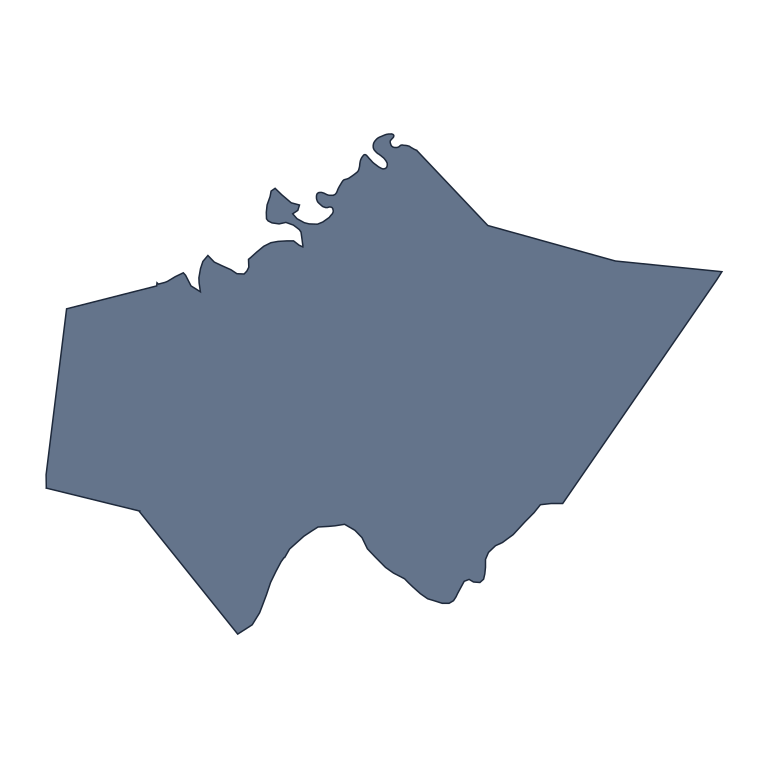 outline of Forest Reserve, Dennery, Saint Lucia
{"feature_id": "8701671B45291890821133", "entity_name": "Forest Reserve", "entity_type": "district", "adm_level": 2, "iso_a3": "LCA", "parent_name": "Saint Lucia", "parent_adm1": "Dennery", "projection": "albers", "projection_center": [-60.931, 13.977], "detail": "fine", "context": "isolated", "style": "filled", "palette": "slate", "viewbox_px": 768, "rotation_deg": 0, "n_neighbors": 0, "source": "geoboundaries", "source_scale": "gbopen_adm2", "svg_char_len": 6044}
<svg xmlns="http://www.w3.org/2000/svg" viewBox="0 0 768 768"><path d="M721.9,271.7L615.4,261.0L487.8,225.5L417.0,150.7L416.8,150.3L415.9,150.0L415.4,149.8L414.6,149.4L413.7,149.0L412.9,148.5L412.4,148.2L411.5,147.7L411.0,147.4L410.4,147.0L410.1,146.8L409.6,146.4L409.2,146.2L408.8,146.1L408.4,146.0L407.5,145.7L406.5,145.5L406.4,145.5L405.7,145.4L404.1,145.3L403.3,145.2L402.4,145.0L401.8,145.0L401.4,145.1L401.0,145.2L400.6,145.3L400.3,145.6L400.1,145.7L399.5,146.3L399.1,146.6L398.7,146.9L398.3,147.1L397.9,147.2L397.3,147.4L397.0,147.5L396.8,147.5L395.3,147.5L394.7,147.5L394.2,147.4L393.9,147.3L393.3,147.2L393.0,147.0L392.7,146.9L392.1,146.4L391.8,146.2L391.5,145.9L391.2,145.4L391.0,145.0L390.9,144.7L390.8,144.4L390.6,143.8L390.4,143.3L390.2,142.4L390.2,141.9L390.2,141.5L390.2,141.1L390.4,140.7L390.6,140.4L391.1,139.8L391.5,139.4L391.6,139.2L392.3,138.5L392.6,138.2L393.1,137.6L393.5,137.1L393.7,136.7L393.7,136.4L393.8,135.8L393.8,135.4L393.7,135.2L393.5,134.9L393.3,134.7L393.1,134.6L392.8,134.3L392.6,134.2L392.4,134.2L391.7,134.0L391.4,133.9L390.5,134.0L389.6,134.0L389.4,134.0L388.7,134.0L388.1,134.1L387.7,134.2L387.3,134.2L386.9,134.3L386.3,134.4L385.5,134.7L385.1,134.8L383.7,135.4L383.1,135.6L382.6,135.9L382.0,136.1L381.2,136.5L380.5,136.7L379.4,137.2L379.0,137.4L378.3,137.8L377.8,138.1L377.2,138.6L376.6,139.1L375.8,140.0L375.0,140.9L374.2,142.1L374.0,142.5L373.8,142.9L373.6,143.4L373.5,143.8L373.3,144.8L373.2,145.3L373.2,146.0L373.2,146.4L373.2,146.7L373.2,147.1L373.3,147.7L373.3,147.9L373.5,148.4L373.8,149.1L374.1,149.8L374.6,150.4L374.9,150.8L375.7,151.6L376.1,152.1L376.5,152.5L377.1,153.0L377.5,153.4L378.3,153.9L379.1,154.3L379.4,154.6L380.2,155.2L381.3,156.0L382.0,156.6L382.3,156.9L383.0,157.4L383.1,157.5L383.3,157.6L383.9,158.2L384.5,158.9L385.2,159.8L385.4,160.1L385.7,160.4L386.1,161.1L386.4,161.6L386.5,161.8L387.0,162.7L387.2,163.2L387.2,163.4L387.2,163.6L387.3,164.5L387.2,164.9L387.2,165.7L387.1,166.1L386.9,166.7L386.7,167.2L386.3,167.7L386.2,167.8L385.8,168.1L385.4,168.4L385.3,168.5L385.1,168.5L384.9,168.6L384.3,168.7L383.9,168.8L383.5,168.9L383.1,168.9L382.9,168.9L382.5,168.8L382.1,168.6L381.7,168.5L380.5,167.9L379.6,167.4L379.0,167.1L378.5,166.8L377.3,165.9L376.3,165.1L375.9,164.8L374.1,163.5L373.8,163.2L372.8,162.4L371.9,161.4L371.3,160.7L371.1,160.5L370.5,159.8L370.3,159.6L369.3,158.6L368.9,158.1L368.0,157.0L367.8,156.8L367.3,156.3L366.8,155.6L366.5,155.3L366.1,155.1L365.9,154.9L365.6,154.8L365.1,154.6L364.9,154.6L364.7,154.6L364.4,154.7L364.0,154.8L363.5,155.3L363.2,155.6L362.8,156.2L362.4,156.6L362.3,156.8L361.6,157.8L361.1,158.8L360.9,159.3L360.7,159.7L360.5,160.5L360.3,160.9L360.1,162.1L359.9,163.2L359.8,164.0L359.7,164.9L359.7,165.2L359.6,166.0L359.5,166.7L359.4,167.2L359.3,167.6L359.2,167.9L359.1,168.2L359.0,168.7L358.7,169.7L358.5,170.3L358.3,170.6L358.1,171.0L357.9,171.3L357.7,171.6L357.3,172.0L357.0,172.2L356.4,172.8L356.2,172.9L355.9,173.1L355.3,173.6L354.8,174.0L354.4,174.3L353.9,174.7L351.9,176.1L351.4,176.5L350.4,177.1L349.6,177.7L348.8,178.2L348.3,178.5L347.6,178.7L346.9,179.0L344.6,179.6L344.0,179.8L343.6,180.1L343.3,180.4L343.0,180.6L342.9,180.8L342.3,181.6L341.5,182.8L341.2,183.4L340.5,184.5L340.3,184.9L339.6,186.0L339.0,187.1L338.2,188.6L337.9,189.4L337.7,189.7L337.6,190.1L337.4,190.6L337.2,191.2L336.9,191.8L336.6,192.6L336.1,193.2L335.5,194.0L335.2,194.3L334.9,194.5L334.5,194.7L333.8,195.0L333.5,195.1L333.4,195.3L331.5,195.3L331.1,195.3L330.8,195.3L330.2,195.3L329.6,195.3L328.9,195.2L328.2,195.1L327.5,194.8L326.8,194.6L326.5,194.4L325.0,193.7L324.6,193.4L324.0,193.2L323.2,192.9L322.8,192.8L322.2,192.6L321.8,192.5L321.4,192.4L321.0,192.4L320.7,192.4L320.1,192.4L319.9,192.5L319.2,192.5L318.8,192.6L318.7,192.6L318.0,193.0L317.7,193.2L317.2,193.7L317.1,193.9L316.9,194.2L316.8,194.6L316.6,195.1L316.5,195.8L316.5,196.2L316.4,196.9L316.5,198.1L316.5,198.7L316.8,199.7L317.1,200.5L317.2,200.9L317.7,201.8L318.0,202.3L318.2,202.5L318.6,202.9L319.2,203.5L319.3,203.6L319.8,204.0L320.1,204.3L321.2,205.3L321.8,205.7L322.0,206.0L322.3,206.3L322.9,206.6L323.1,206.7L323.5,206.9L324.4,207.1L325.3,207.5L325.8,207.6L326.0,207.6L327.4,207.6L327.7,207.5L328.0,207.4L328.9,207.1L329.3,207.0L329.5,207.0L330.1,207.0L330.8,207.1L331.2,207.2L331.7,207.4L332.0,207.6L332.3,207.9L332.5,208.2L332.7,208.5L332.8,208.7L332.8,208.9L332.9,209.3L333.0,209.7L333.2,210.3L333.2,211.0L333.2,211.4L333.2,211.6L333.1,212.0L333.0,212.4L332.8,212.8L332.6,213.2L332.4,213.6L332.2,213.9L331.6,214.6L330.9,215.3L330.3,216.1L329.9,216.5L329.7,216.9L329.3,217.4L322.8,222.0L317.4,224.2L309.2,223.9L304.3,222.7L297.0,218.7L292.7,213.8L297.8,210.4L299.5,205.0L291.2,202.8L281.8,194.8L275.1,188.3L271.1,191.1L270.1,196.5L267.1,204.9L266.3,212.3L266.5,218.8L268.1,220.9L272.0,222.9L279.1,223.9L285.9,222.4L293.4,225.1L299.3,229.6L301.0,232.1L302.0,239.1L302.5,243.1L302.9,245.6L302.8,246.9L299.1,245.2L293.6,240.9L286.6,240.9L278.0,241.4L270.9,242.7L263.7,246.3L256.8,252.0L250.6,257.6L248.5,259.3L248.8,267.2L246.9,271.0L244.1,274.0L236.9,273.7L230.9,269.7L221.7,265.6L214.3,262.1L207.9,255.5L202.9,261.4L200.5,268.6L198.9,277.8L199.1,282.9L200.4,291.8L191.0,285.9L185.6,275.3L183.3,272.8L175.2,276.7L167.4,281.4L164.9,282.4L158.4,284.1L157.0,282.8L156.7,285.9L66.6,308.8L46.1,474.7L46.3,487.6L46.2,488.1L139.8,511.1L139.5,511.7L237.7,634.1L252.2,624.8L259.6,612.8L262.0,606.6L266.4,594.9L270.6,582.4L276.0,571.3L281.1,561.7L284.0,557.7L284.7,557.5L289.6,549.0L303.9,536.2L311.4,531.2L318.0,527.0L328.4,526.4L335.1,525.8L344.6,524.3L354.9,530.3L362.0,537.6L367.4,548.8L375.2,557.0L385.5,567.4L393.4,573.0L404.6,578.8L408.5,582.8L412.9,587.0L420.4,593.7L427.7,598.8L433.1,600.4L442.2,603.3L449.1,603.3L453.5,600.7L456.0,596.9L457.5,593.7L464.2,581.3L469.1,579.4L473.5,582.0L479.9,582.5L483.6,579.2L484.8,574.0L485.5,567.3L485.5,559.4L488.4,552.6L488.8,552.1L495.5,545.7L502.5,542.5L506.9,539.2L513.1,534.7L517.8,529.6L525.2,521.6L532.1,514.6L534.2,512.5L535.2,511.2L540.4,504.7L551.2,503.5L562.7,503.5L716.5,280.2L721.9,271.7Z" fill="#64748b" stroke="#1e293b" stroke-width="1.5"/></svg>